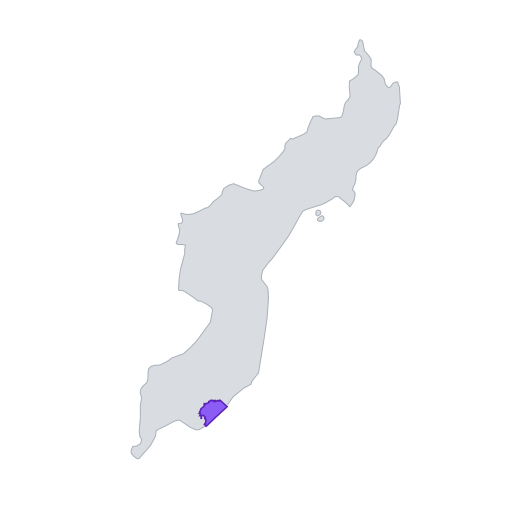 Phalombe, Phalombe, Malawi shown in context, rotated 43°
{"feature_id": "42251766B10434937590290", "entity_name": "Phalombe", "entity_type": "district", "adm_level": 2, "iso_a3": "MWI", "parent_name": "Malawi", "parent_adm1": "Phalombe", "projection": "robinson", "projection_center": [35.613, -15.69], "detail": "fine", "context": "in_parent", "style": "filled", "palette": "violet", "viewbox_px": 512, "rotation_deg": 43, "n_neighbors": 0, "source": "geoboundaries", "source_scale": "gbopen_adm2", "svg_char_len": 6154}
<svg xmlns="http://www.w3.org/2000/svg" viewBox="0 0 512 512"><g transform="rotate(43 256 256)"><path d="M199.9,300.6L197.1,296.3L194.8,297.4L191.6,300.4L189.9,301.2L189.0,301.1L188.4,300.3L187.7,298.4L185.2,292.9L182.4,288.9L179.5,287.4L177.1,285.6L178.2,283.8L179.3,282.6L178.8,281.3L177.4,279.4L172.2,276.6L172.2,275.5L176.7,273.1L179.6,270.2L181.6,267.5L184.1,261.6L186.1,255.7L187.6,253.7L188.1,249.8L187.7,245.4L188.7,239.7L189.2,234.4L187.7,232.3L186.4,228.7L187.9,222.6L190.3,218.4L201.8,214.0L209.9,210.1L211.6,208.3L214.3,204.9L215.8,201.6L214.7,200.6L208.4,200.5L206.8,199.3L202.2,187.6L204.8,174.3L205.0,169.1L204.9,162.6L204.1,157.8L202.1,155.9L200.8,153.3L201.1,146.3L203.0,145.5L207.0,136.3L208.8,130.9L206.6,126.6L204.2,120.4L203.1,116.5L202.6,115.2L204.2,112.8L206.9,110.4L209.9,109.7L213.2,108.6L223.3,97.2L223.4,95.0L221.5,91.1L217.8,85.4L216.9,83.0L216.4,76.0L214.9,74.0L209.4,69.3L205.1,64.4L206.4,59.4L207.1,53.9L205.0,50.9L201.8,47.8L199.9,43.3L199.0,39.9L196.5,38.5L194.2,38.5L192.5,40.6L190.7,40.4L188.5,39.7L187.8,36.8L187.7,33.6L186.2,31.5L184.7,28.5L184.5,26.9L185.4,26.4L187.4,26.2L195.6,32.1L200.5,32.4L206.0,33.5L210.7,38.8L213.2,39.5L216.3,38.8L225.2,38.2L228.8,39.0L233.4,42.1L235.2,42.5L238.1,42.6L238.6,41.8L238.9,40.0L238.4,36.3L239.0,34.3L240.8,32.1L245.6,34.6L257.8,46.2L258.1,47.6L265.9,59.1L268.4,63.9L268.4,66.5L270.8,76.4L271.3,81.1L270.8,84.7L270.9,87.5L271.9,91.6L271.5,93.3L274.3,99.3L275.6,104.3L275.9,109.2L275.2,114.0L272.7,120.9L272.3,123.8L272.9,126.3L274.4,129.1L277.1,132.1L279.0,135.7L280.4,139.9L281.5,141.8L282.9,141.8L285.5,142.4L287.6,144.9L290.0,149.1L290.9,153.8L291.2,155.9L284.3,155.7L275.6,156.5L273.4,158.4L272.8,162.5L270.1,171.1L268.6,174.2L265.3,180.0L260.8,188.1L259.9,190.7L260.0,193.5L262.7,204.5L265.5,216.0L266.4,220.6L268.4,236.0L269.6,246.8L269.7,253.2L270.7,261.8L273.2,266.4L275.8,269.3L285.6,271.0L288.6,273.2L294.1,278.6L306.3,293.7L313.0,303.3L318.8,311.7L329.3,327.5L337.5,339.7L338.5,351.1L339.8,352.8L337.1,361.3L335.3,375.0L336.6,384.1L336.0,399.6L334.6,416.2L332.7,422.1L330.3,424.3L324.6,426.1L312.1,428.2L310.2,430.1L308.6,433.3L306.1,440.9L303.1,448.6L302.2,451.9L302.8,452.7L305.4,456.6L308.1,466.6L308.6,483.8L307.7,485.1L304.0,485.8L300.0,485.6L298.4,484.6L296.9,482.7L295.8,479.1L298.4,476.5L299.4,472.0L297.7,468.2L294.3,467.3L290.1,463.8L281.0,452.3L273.4,444.3L269.0,437.6L264.5,434.9L263.2,433.3L262.2,430.5L262.1,426.4L262.5,423.4L261.1,420.0L256.6,414.8L254.5,412.0L254.4,408.5L256.3,405.2L260.2,401.1L263.1,392.9L264.1,387.6L269.6,376.9L270.4,367.6L270.5,360.2L270.1,354.6L268.7,343.2L267.7,335.3L260.9,325.0L258.7,324.1L252.3,325.0L246.7,326.5L244.0,328.6L239.9,328.7L229.0,330.5L225.6,331.3L223.7,333.2L222.5,333.6L215.7,325.6L209.7,317.0L202.0,302.4L199.9,300.6ZM278.7,187.5L276.9,188.0L275.7,186.9L276.0,183.8L276.7,181.5L278.5,181.1L279.7,181.7L280.6,182.8L280.6,184.5L280.1,186.2L278.7,187.5ZM274.7,181.8L273.6,184.9L271.5,184.9L269.4,182.1L270.1,179.9L272.0,179.2L273.8,180.0L274.7,181.8Z" fill="#d9dde1" stroke="#a8b0b8" stroke-width="1"/><path d="M335.7,414.6L335.8,412.9L336.0,410.1L336.1,407.9L336.5,401.7L336.5,401.1L336.5,400.5L336.7,399.2L336.9,396.7L336.9,396.3L337.0,394.0L337.2,392.1L337.7,385.9L331.5,385.9L331.4,385.9L328.4,385.9L328.3,386.1L328.2,386.1L328.1,386.3L328.1,386.5L327.9,386.5L328.0,386.7L328.0,386.8L327.9,386.9L327.8,387.1L327.6,387.2L327.5,387.3L327.4,387.3L327.1,387.4L327.2,387.5L326.9,387.6L326.7,387.6L326.6,387.8L326.5,388.0L326.4,388.1L326.4,388.3L326.2,388.5L326.2,388.8L326.0,389.0L325.9,389.1L325.9,389.3L325.8,389.5L325.7,389.4L325.5,389.5L325.4,389.5L325.5,389.6L325.4,389.8L325.4,390.0L325.3,389.9L325.2,390.0L325.1,390.3L324.9,390.3L324.9,390.2L324.7,390.2L324.7,390.3L324.6,390.5L324.4,390.5L324.2,390.5L323.9,390.7L323.7,390.6L323.7,390.9L323.7,391.0L323.8,391.0L323.9,391.3L323.7,391.3L323.5,391.1L323.4,391.2L323.3,391.3L323.2,391.3L322.9,391.3L322.7,391.4L322.4,391.5L322.2,391.8L322.1,392.0L321.8,392.0L321.7,391.9L321.5,392.1L321.5,392.3L321.4,392.5L321.2,392.8L321.3,393.0L321.4,393.3L321.3,393.5L321.2,393.6L321.1,393.8L321.0,394.0L320.8,394.4L320.7,394.5L320.8,395.0L321.0,395.3L321.1,395.5L321.3,395.6L321.3,395.8L321.2,396.0L321.2,395.9L321.1,396.0L321.1,396.3L321.1,396.5L321.0,396.8L320.9,396.9L320.8,397.0L320.7,397.2L320.6,397.3L320.4,397.5L320.4,397.8L320.2,398.0L319.9,398.2L320.0,398.3L319.9,398.4L320.0,398.4L320.0,398.5L319.9,398.4L319.8,398.5L319.7,398.6L319.5,398.8L319.6,399.0L319.5,399.3L319.5,399.5L319.4,399.5L319.2,399.5L319.3,399.6L319.2,399.6L319.2,399.8L319.4,400.0L319.5,400.2L319.7,400.3L319.8,400.3L320.1,400.5L320.2,400.8L320.3,401.2L320.3,401.6L320.3,402.0L320.4,402.4L320.4,402.6L320.3,402.8L320.2,403.3L320.1,403.7L320.1,404.0L320.1,404.3L320.1,404.7L320.0,404.8L320.0,405.0L320.0,405.3L320.0,405.5L320.0,405.8L320.1,406.0L320.5,406.4L320.6,406.6L320.7,406.9L320.8,407.3L320.8,407.6L320.9,407.8L321.0,408.0L321.0,408.3L321.0,408.5L321.3,408.7L321.6,408.7L321.8,408.7L321.8,408.8L322.0,409.0L322.2,409.3L322.1,409.5L322.3,409.4L322.5,409.4L322.8,409.4L322.8,409.5L322.9,409.8L323.0,410.0L323.5,410.3L323.7,410.6L323.8,410.8L323.8,411.0L323.9,410.9L324.4,410.6L324.7,410.3L324.8,410.5L325.1,410.8L325.4,410.9L325.6,411.1L325.8,411.4L326.1,411.7L326.3,411.9L326.5,412.2L326.8,412.0L326.8,411.9L326.6,411.6L326.3,411.2L326.0,410.9L325.9,410.7L325.7,410.6L325.5,410.3L325.4,410.2L325.3,409.9L325.2,409.8L325.1,409.7L325.4,409.2L325.8,408.7L326.1,408.5L326.8,408.5L327.3,408.5L327.7,408.5L327.9,408.5L328.1,408.4L328.5,408.5L328.8,408.6L328.8,409.1L329.0,409.3L329.0,409.6L329.3,409.7L329.4,409.8L329.5,409.7L329.8,409.5L330.0,409.8L330.3,409.8L330.4,409.7L330.5,409.7L330.8,409.9L330.9,410.0L331.0,410.1L331.0,410.3L331.3,410.5L331.5,410.5L331.9,410.8L332.0,411.0L332.3,411.6L332.4,411.9L332.5,412.1L332.8,412.2L333.0,412.3L333.0,412.6L333.1,412.8L333.2,413.0L333.1,413.3L333.1,413.5L332.9,413.7L332.9,413.8L333.1,414.2L333.2,414.4L333.2,414.5L333.3,414.5L333.5,414.4L333.9,414.2L334.2,414.2L334.3,414.3L334.5,414.5L334.6,414.4L334.7,414.5L334.8,414.5L335.0,414.5L335.1,414.4L335.4,414.5L335.6,414.6L335.7,414.6Z" fill="#8b5cf6" stroke="#5b21b6" stroke-width="1.5"/></g></svg>